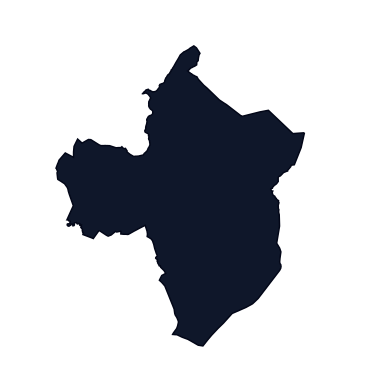 outline of Bagudu, Kebbi, Nigeria, rotated 222°
{"feature_id": "59680162B25890229119009", "entity_name": "Bagudu", "entity_type": "district", "adm_level": 2, "iso_a3": "NGA", "parent_name": "Nigeria", "parent_adm1": "Kebbi", "projection": "natural_earth1", "projection_center": [4.112, 11.314], "detail": "fine", "context": "isolated", "style": "filled", "palette": "ink", "viewbox_px": 384, "rotation_deg": 222, "n_neighbors": 0, "source": "geoboundaries", "source_scale": "gbopen_adm2", "svg_char_len": 5911}
<svg xmlns="http://www.w3.org/2000/svg" viewBox="0 0 384 384"><g transform="rotate(222 192 192)"><path d="M158.6,109.7L157.2,104.6L154.3,104.6L149.3,104.0L127.0,93.1L123.7,90.3L122.2,89.4L119.1,88.5L116.4,87.2L115.1,86.4L113.2,83.1L112.5,81.5L112.0,80.0L111.8,77.8L111.6,75.9L111.4,74.4L111.1,73.2L109.5,74.4L107.6,75.9L102.2,77.5L96.4,79.8L84.9,82.3L80.9,84.9L81.4,92.7L81.6,98.9L81.4,108.2L80.9,115.7L80.9,128.6L74.7,142.3L72.2,149.5L71.6,157.2L74.4,192.3L75.0,194.6L76.0,196.2L77.4,197.4L79.0,197.8L80.3,199.0L82.4,201.8L85.9,207.0L89.3,208.9L94.8,210.6L104.1,225.2L112.0,233.5L113.9,234.8L115.0,236.0L115.5,236.9L116.6,237.4L117.5,238.2L118.1,238.9L118.8,239.5L119.4,240.5L119.7,241.2L120.2,242.1L120.6,242.5L121.5,242.6L122.0,243.5L123.0,243.3L124.4,243.2L124.9,243.3L125.1,243.7L126.0,243.4L127.5,244.2L129.7,243.9L132.0,245.1L132.3,246.1L132.6,246.7L133.2,246.1L135.5,246.8L135.7,247.4L134.8,248.6L135.3,249.6L135.2,251.1L135.4,251.9L135.0,252.9L134.7,254.6L134.8,255.9L135.0,257.6L136.0,258.6L137.7,260.5L137.8,261.8L137.1,263.1L137.0,267.6L135.4,271.0L135.0,271.5L135.4,272.0L135.6,277.0L136.3,278.2L134.2,280.7L140.6,298.0L147.8,310.8L148.6,310.7L156.1,302.9L189.9,303.8L195.1,297.0L205.4,281.7L205.8,281.8L206.2,281.7L206.5,281.4L224.9,280.0L227.7,279.5L233.2,278.7L250.4,279.3L254.8,279.2L262.8,280.0L265.5,280.9L267.0,280.2L267.7,280.2L268.7,279.9L269.2,279.7L270.0,279.6L270.3,279.4L271.4,279.6L271.8,279.3L272.2,279.2L272.7,279.3L273.1,279.2L274.1,279.1L274.7,279.1L276.3,279.0L276.2,279.5L275.9,280.9L276.0,281.6L275.9,282.3L276.0,283.1L275.4,284.2L274.9,285.8L274.2,287.3L273.6,289.6L275.4,291.8L275.3,293.7L276.9,295.9L278.4,298.4L278.9,300.4L285.2,302.1L288.4,301.8L289.7,297.5L289.9,295.8L291.4,291.4L291.8,290.7L292.4,286.0L291.6,282.7L290.5,277.1L289.5,272.8L289.3,271.2L288.8,269.5L289.1,269.0L288.9,268.4L288.4,267.3L288.4,266.3L288.0,265.1L288.1,264.6L287.9,264.1L288.2,263.5L288.3,262.5L287.8,260.4L287.7,259.9L287.8,259.4L287.5,258.6L287.2,257.7L286.7,256.5L286.2,255.8L285.9,255.0L286.1,253.6L286.9,252.3L287.8,250.5L287.5,249.2L286.5,248.5L286.2,247.3L286.2,246.3L286.1,245.2L286.0,244.4L286.1,243.0L286.8,241.7L287.7,240.7L288.1,240.1L288.6,240.0L289.2,239.9L289.6,239.6L290.1,239.6L290.6,239.6L291.1,239.4L291.4,239.1L292.1,238.7L292.6,239.1L293.2,239.1L293.4,238.8L293.6,238.5L293.8,238.2L294.3,237.3L294.5,236.7L294.3,236.1L294.6,234.4L294.5,232.0L294.1,232.2L293.9,232.8L293.5,233.2L292.9,234.3L292.5,234.7L291.8,235.0L290.3,235.3L289.8,235.3L289.4,235.2L287.0,234.8L286.3,234.5L285.5,234.0L285.4,233.2L285.0,232.0L284.8,231.3L284.5,230.2L283.3,228.7L282.9,228.3L282.2,227.7L281.8,227.0L280.0,226.1L279.2,226.1L278.4,225.8L277.1,226.0L276.5,226.0L275.8,225.9L275.1,225.7L274.4,224.9L273.8,224.1L273.5,223.4L273.6,222.9L273.5,222.1L274.0,221.3L274.4,220.7L274.9,219.2L274.8,218.1L274.5,217.1L274.3,216.0L274.1,215.6L273.7,215.1L272.8,214.6L272.2,213.7L271.6,212.8L271.1,211.9L270.5,210.5L270.0,209.6L269.6,209.1L269.4,208.7L268.9,208.3L268.7,207.9L268.6,207.6L268.3,207.1L268.3,206.5L268.1,206.0L267.7,205.6L267.2,205.4L267.0,205.2L266.5,205.2L265.1,205.6L263.1,205.9L262.6,205.8L262.0,204.7L261.6,204.8L261.3,204.5L260.7,203.9L260.3,203.1L259.9,202.6L259.2,202.1L257.8,201.7L257.0,200.8L256.5,200.5L255.8,199.9L255.0,199.1L254.6,198.5L254.4,197.8L254.3,197.4L254.1,196.8L253.9,196.3L253.9,195.5L253.6,194.5L253.3,194.2L253.3,193.8L252.9,192.5L253.1,191.3L252.9,190.8L253.0,189.9L253.3,189.1L253.0,186.9L256.0,182.6L257.7,181.0L259.1,179.4L263.3,178.5L267.3,178.3L267.7,179.1L270.0,179.7L270.6,179.9L271.0,179.2L272.3,178.5L274.4,178.7L274.5,177.5L275.8,176.3L278.1,174.0L284.2,171.3L287.5,168.5L290.7,165.5L292.5,164.9L302.2,163.2L304.1,161.7L306.4,154.8L312.4,154.8L310.2,147.0L306.9,142.6L303.2,138.5L312.3,136.2L312.1,126.7L311.2,124.6L310.7,123.0L309.0,118.7L308.5,118.7L306.6,117.8L305.8,117.7L305.1,115.9L301.2,112.4L300.1,111.6L295.8,112.4L295.3,112.4L292.3,112.9L287.7,111.9L286.1,111.1L284.2,109.7L281.3,108.0L271.0,102.4L268.7,95.1L266.4,87.9L266.1,88.4L265.9,88.5L265.7,88.5L265.5,88.4L265.4,88.1L265.1,88.2L264.8,88.2L264.5,88.1L264.3,88.1L264.0,88.3L263.7,88.6L263.3,88.5L263.1,88.7L262.9,88.7L262.7,88.6L262.5,88.2L262.3,87.8L262.2,87.4L261.8,87.0L261.9,86.7L262.1,86.4L262.5,85.6L262.8,85.4L263.0,85.2L263.2,84.8L263.0,84.3L262.4,83.8L261.2,83.8L260.5,84.4L260.4,84.7L260.4,85.4L260.0,85.9L259.9,86.1L259.9,86.4L260.0,86.6L260.3,86.7L260.4,87.0L260.3,87.5L260.2,87.7L260.0,87.9L259.9,88.0L259.7,87.9L259.0,87.9L258.5,87.6L258.3,87.5L258.0,87.3L257.8,87.2L257.3,88.0L257.5,88.3L257.3,88.6L257.4,88.9L257.9,89.3L258.3,89.4L258.5,89.6L258.6,89.9L258.7,90.2L258.7,90.5L258.2,90.9L257.9,91.4L257.7,91.6L257.5,92.0L257.1,92.0L256.5,91.6L256.3,91.6L256.0,91.5L255.8,91.6L255.5,91.9L255.1,92.4L255.1,93.0L254.8,93.2L254.5,93.1L254.1,93.3L253.9,93.3L253.3,92.3L253.1,92.2L252.8,92.2L252.5,92.4L252.2,93.0L252.1,92.6L251.9,92.5L251.6,92.5L251.3,92.6L251.1,92.6L251.0,92.4L250.9,92.2L251.0,91.6L250.9,91.3L250.6,91.2L249.9,91.2L249.1,91.1L248.5,90.9L248.0,90.3L247.6,89.8L247.4,89.6L246.8,89.5L246.5,89.3L246.4,89.0L246.2,88.9L245.9,88.8L245.5,89.0L245.3,89.0L245.0,88.3L244.9,87.7L244.6,87.4L236.4,90.6L234.2,91.4L234.3,91.9L235.2,99.9L235.2,100.6L235.1,101.0L234.6,101.4L226.7,102.6L224.8,103.1L223.3,106.0L222.5,111.5L221.2,111.9L218.7,115.2L218.4,115.1L216.8,113.2L214.2,115.1L213.6,115.7L213.4,115.8L213.2,116.1L211.3,117.5L210.9,118.1L210.2,120.2L208.6,125.0L208.4,125.4L206.8,129.9L204.5,135.9L199.3,132.9L197.0,131.0L195.5,128.9L193.5,129.4L190.8,129.8L188.7,129.3L185.4,127.5L182.0,125.1L177.1,122.3L175.7,121.8L175.1,121.2L175.1,119.1L174.7,118.5L173.8,118.4L172.8,118.8L172.5,118.8L172.2,118.6L172.3,118.1L172.2,118.0L171.8,117.9L171.6,117.6L171.5,117.2L171.2,117.1L171.0,117.3L170.8,117.3L170.7,117.0L170.0,116.3L169.7,116.3L166.8,115.2L166.1,116.0L164.9,115.1L160.2,114.9L157.1,113.9L158.6,109.7Z" fill="#0f172a" stroke="#020617" stroke-width="1.5"/></g></svg>